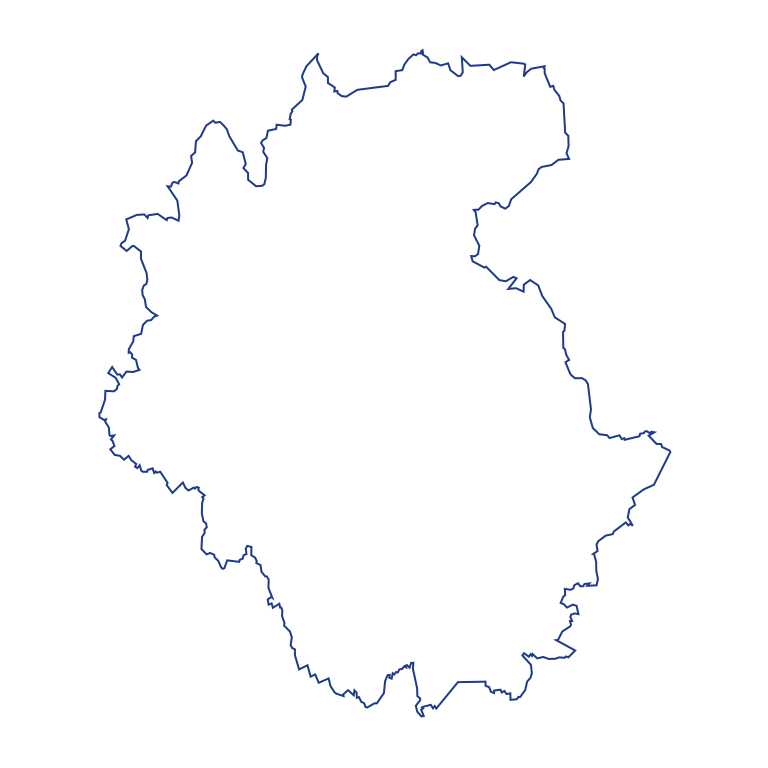 outline of Chignahuapan, Puebla, Mexico, rotated 179°
{"feature_id": "50627088B41950768169543", "entity_name": "Chignahuapan", "entity_type": "district", "adm_level": 2, "iso_a3": "MEX", "parent_name": "Mexico", "parent_adm1": "Puebla", "projection": "equal_earth", "projection_center": [-98.119, 19.821], "detail": "fine", "context": "isolated", "style": "outline", "palette": "blue", "viewbox_px": 768, "rotation_deg": 179, "n_neighbors": 0, "source": "geoboundaries", "source_scale": "gbopen_adm2", "svg_char_len": 6093}
<svg xmlns="http://www.w3.org/2000/svg" viewBox="0 0 768 768"><g transform="rotate(179 384 384)"><path d="M195.0,605.8L197.5,611.4L195.3,618.6L195.4,628.9L198.5,632.2L199.6,661.5L202.5,664.2L203.7,668.9L208.4,675.0L209.6,679.2L212.6,678.2L217.9,691.8L217.9,696.5L218.7,697.0L217.9,698.9L231.3,696.7L236.1,693.0L238.9,689.0L237.2,701.0L239.0,701.9L251.5,703.5L268.7,696.0L273.1,701.4L292.1,700.6L300.5,709.3L299.8,694.3L301.9,690.9L304.5,690.5L312.1,696.6L314.3,703.5L321.7,701.5L326.9,704.1L332.2,704.8L334.8,709.7L339.1,712.4L339.6,717.0L341.0,716.2L341.3,713.7L344.4,714.0L346.1,712.2L348.8,713.0L353.9,708.6L358.1,703.0L360.2,697.5L366.9,696.6L367.0,687.9L372.4,685.7L374.8,682.0L405.5,678.6L416.7,672.0L421.3,672.6L425.3,675.6L425.5,677.8L428.6,677.4L428.0,681.3L434.8,686.0L434.7,691.8L439.4,695.9L445.3,709.0L445.2,712.7L443.7,715.8L456.0,703.1L460.0,695.0L460.6,692.0L457.1,682.7L460.7,669.4L471.3,660.0L470.9,658.3L472.6,655.7L473.7,650.4L472.5,649.9L473.0,645.0L478.2,643.9L486.8,645.1L487.4,640.9L495.6,639.3L497.3,631.9L501.1,629.8L502.7,627.1L499.8,622.1L500.7,618.2L496.7,611.9L498.1,605.0L498.6,592.1L500.2,585.8L502.5,584.3L508.5,584.0L516.3,590.6L516.2,597.3L520.8,602.3L518.4,606.4L521.2,618.2L526.1,620.0L534.6,634.9L536.5,641.1L539.8,645.3L543.4,648.9L548.1,648.2L550.1,650.3L557.4,645.4L563.0,634.7L567.8,630.0L568.8,618.9L572.9,615.4L572.0,608.5L577.9,595.9L585.6,590.3L586.1,588.1L590.1,589.7L591.9,589.0L593.7,585.0L596.9,585.5L587.4,570.9L585.7,555.8L586.6,550.8L593.5,554.2L597.6,553.7L598.4,551.6L607.3,558.0L616.7,556.8L617.5,554.1L620.7,557.7L628.1,557.4L638.8,553.1L636.4,543.2L640.4,531.8L643.9,529.4L645.1,526.7L639.0,521.5L633.1,526.4L631.6,526.3L624.7,520.7L624.8,513.4L619.4,498.9L618.8,492.2L620.0,488.0L622.4,486.7L624.2,482.0L623.7,476.8L621.7,473.1L620.6,465.2L615.4,459.9L609.7,456.4L612.7,455.3L615.7,452.0L619.8,451.4L624.0,447.3L625.9,438.4L633.3,436.2L634.0,431.0L638.6,423.1L638.7,419.7L637.3,420.3L635.2,417.8L635.5,414.7L631.5,412.4L629.8,404.5L628.3,402.4L634.5,400.4L641.3,400.9L645.8,395.1L647.8,398.2L650.6,398.1L655.5,405.7L659.5,399.7L652.2,394.9L648.8,388.4L650.4,386.9L651.2,383.7L654.1,381.4L662.7,382.0L663.2,373.2L667.7,360.6L669.1,359.9L669.1,355.8L664.5,352.9L662.6,353.5L663.4,351.1L659.9,345.4L659.4,338.0L658.6,336.8L654.7,337.3L658.0,333.3L656.5,332.0L654.6,326.7L658.8,323.5L654.5,317.8L649.3,316.8L645.2,312.8L640.7,316.6L638.0,312.3L633.1,308.3L634.4,305.7L632.1,304.2L629.7,307.0L628.2,301.6L626.9,300.5L622.6,300.3L621.6,302.3L616.8,303.7L615.4,299.0L613.8,300.5L612.8,299.3L609.3,300.2L602.1,288.9L603.1,286.8L597.4,278.8L586.8,289.0L584.4,283.7L581.4,280.9L575.9,283.8L574.9,282.7L573.1,284.3L571.0,283.6L571.5,281.4L570.6,280.1L565.3,275.8L567.7,274.1L566.4,272.4L567.9,268.4L568.4,257.7L566.9,249.8L564.3,247.7L563.7,243.8L566.0,241.5L566.0,238.0L568.6,234.3L569.4,222.2L564.4,216.8L560.7,218.1L556.8,216.2L556.4,213.6L552.9,210.2L549.9,203.2L548.3,202.0L546.8,202.6L543.9,210.4L531.9,208.7L531.3,210.8L528.4,211.8L527.3,215.3L524.5,216.3L525.1,221.8L523.5,224.5L519.4,223.4L519.7,215.2L515.8,212.6L514.3,209.0L514.8,207.2L510.6,205.1L509.8,198.4L506.1,193.7L504.4,193.6L502.7,190.4L503.1,182.3L499.4,172.2L500.4,173.0L504.0,170.7L503.2,165.4L500.2,166.6L499.0,162.2L492.5,166.1L491.8,162.3L490.6,162.2L489.6,159.1L490.0,153.9L487.7,146.7L488.1,144.1L482.3,138.1L480.6,132.3L481.9,124.6L480.5,121.7L477.7,120.2L477.8,114.4L473.9,100.1L465.4,104.1L462.5,92.7L457.9,94.8L454.4,86.4L444.5,90.6L442.9,83.2L438.9,76.6L436.7,75.1L429.9,72.7L430.2,74.3L425.3,78.5L419.7,73.3L418.9,78.2L416.8,75.9L416.6,70.7L414.5,71.4L412.4,66.7L409.5,65.3L408.1,61.3L406.3,60.9L399.1,64.9L396.8,64.8L389.5,74.9L388.1,86.8L385.5,92.8L383.3,93.0L383.8,90.3L381.5,89.3L380.3,94.6L378.8,93.4L376.9,95.8L375.3,95.3L373.5,98.5L371.0,98.7L368.8,101.3L366.9,100.3L367.4,102.0L366.0,102.6L363.4,99.9L361.7,104.7L359.5,104.7L360.1,99.1L356.2,79.2L356.1,71.5L353.3,68.9L353.4,67.2L357.8,61.7L356.5,55.8L352.4,51.0L350.1,51.3L352.5,57.7L350.7,58.9L351.8,59.8L351.0,60.5L342.8,62.4L340.7,58.9L338.9,61.1L337.4,58.6L315.3,84.6L287.7,84.6L287.7,80.4L284.2,79.1L282.4,74.4L279.4,73.1L279.2,75.6L272.9,76.3L271.6,73.5L269.0,75.0L266.9,71.9L263.1,72.5L263.0,66.0L256.7,66.5L255.1,68.8L253.5,68.5L248.2,75.4L246.1,83.9L242.6,87.8L241.2,92.3L242.0,100.7L250.4,110.2L248.7,112.4L243.9,108.8L242.2,111.2L240.8,109.6L240.2,111.4L235.6,107.0L229.6,108.3L224.0,106.2L217.5,106.3L213.7,107.6L208.3,107.1L206.7,108.4L204.4,107.5L197.5,114.2L216.3,124.9L214.4,125.2L210.0,133.5L202.0,138.5L201.2,140.1L202.2,143.7L200.1,143.7L201.7,147.8L200.9,150.1L197.5,151.3L193.6,150.5L195.3,158.8L199.0,160.1L205.0,157.3L207.9,160.6L211.2,162.0L208.5,168.1L206.5,169.8L206.8,176.0L201.1,175.0L198.3,176.2L197.2,179.5L193.5,181.4L191.1,178.2L188.3,178.4L187.1,180.5L182.1,181.0L184.3,178.7L175.0,179.0L173.5,185.4L175.0,193.4L175.0,202.5L176.9,210.2L177.8,210.4L173.4,213.3L174.3,219.9L172.5,223.1L164.9,228.6L157.9,229.9L156.8,232.5L144.6,241.4L142.3,238.4L140.3,239.8L137.7,237.9L142.6,246.3L140.8,254.6L135.1,258.7L137.5,266.2L126.1,274.1L115.9,278.5L98.9,311.0L99.8,312.6L107.0,316.1L108.0,319.2L112.5,319.3L120.3,327.7L114.5,331.0L117.5,331.6L119.0,330.1L122.2,332.3L123.9,332.0L125.1,330.3L128.8,329.8L129.5,327.3L144.4,324.0L144.7,325.6L147.2,324.8L149.6,328.6L159.4,326.0L161.8,328.9L169.7,330.0L172.6,333.0L176.0,336.4L178.8,347.1L177.5,355.0L180.1,380.4L182.3,384.1L185.9,386.4L192.9,386.4L195.7,388.7L197.6,390.9L202.2,402.6L198.5,404.8L201.3,410.2L202.5,415.7L204.1,417.1L204.1,432.9L202.7,434.0L201.9,440.9L212.1,447.7L215.4,456.1L224.2,469.2L228.1,479.9L236.1,485.4L242.5,480.8L242.8,473.9L250.4,477.5L258.1,476.9L249.6,487.4L252.8,488.8L260.4,484.6L266.9,485.9L279.9,499.5L281.5,498.6L293.2,505.1L294.6,510.4L290.9,510.1L287.7,512.3L286.3,520.6L291.4,531.1L290.2,537.7L287.6,541.0L289.4,554.2L291.1,556.5L286.4,556.7L282.9,560.3L277.1,563.1L270.3,561.9L269.1,563.6L266.0,562.7L264.4,559.6L259.8,557.2L256.1,559.7L253.6,566.5L233.6,583.3L227.5,591.5L225.7,596.1L222.5,598.3L212.7,600.0L205.8,605.1L195.0,605.8Z" fill="none" stroke="#1e3a8a" stroke-width="2"/></g></svg>